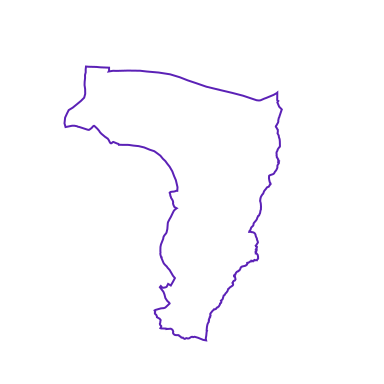 the district of Cerro De San Antonio, Magdalena, Colombia, rotated 76°
{"feature_id": "7082276B80696597151796", "entity_name": "Cerro De San Antonio", "entity_type": "district", "adm_level": 2, "iso_a3": "COL", "parent_name": "Colombia", "parent_adm1": "Magdalena", "projection": "orthographic", "projection_center": [-74.78, 10.29], "detail": "fine", "context": "isolated", "style": "outline", "palette": "violet", "viewbox_px": 384, "rotation_deg": 76, "n_neighbors": 0, "source": "geoboundaries", "source_scale": "gbopen_adm2", "svg_char_len": 6055}
<svg xmlns="http://www.w3.org/2000/svg" viewBox="0 0 384 384"><g transform="rotate(76 192 192)"><path d="M110.9,119.2L105.4,129.3L100.1,139.6L93.3,152.6L87.5,161.5L82.6,169.2L77.7,176.1L72.5,184.8L68.0,195.5L64.2,206.6L61.8,213.0L58.7,224.8L56.2,236.1L55.3,239.2L54.9,243.7L54.2,243.1L51.3,242.4L48.9,250.6L47.5,254.6L45.4,262.2L44.6,264.5L47.3,265.5L50.2,266.2L52.6,267.5L55.6,268.2L59.1,269.5L62.3,270.4L66.3,270.8L71.0,271.9L74.4,273.8L76.8,277.8L81.3,287.3L82.7,291.8L85.5,294.2L89.1,297.1L94.5,299.1L98.4,299.0L98.7,292.3L99.3,290.0L100.3,287.8L101.2,286.7L101.6,285.7L106.3,278.2L106.8,277.0L106.4,275.7L105.5,273.7L104.5,272.4L104.1,271.4L104.1,271.0L104.8,270.4L107.8,268.5L110.0,267.4L111.8,266.8L113.6,265.8L118.1,262.5L118.4,262.0L119.2,261.5L119.7,260.9L121.2,260.3L124.2,259.6L125.0,259.1L125.2,258.7L125.1,258.1L124.4,256.7L124.4,256.2L126.8,253.0L127.6,251.7L128.5,251.6L131.0,242.0L132.8,237.6L134.6,232.6L137.2,227.6L140.8,222.7L143.3,218.7L146.5,216.0L149.1,213.9L152.7,212.2L155.5,210.4L158.7,209.1L162.0,207.6L167.2,206.1L172.4,205.5L176.6,204.8L183.8,204.9L187.3,206.0L187.0,206.9L187.1,207.3L187.2,208.3L187.2,209.6L186.9,211.1L186.8,212.7L186.9,213.2L187.4,213.9L188.4,213.7L190.6,213.9L191.3,213.7L192.3,213.7L193.0,213.6L194.7,213.0L196.3,212.7L197.6,212.8L198.1,213.1L199.0,213.2L200.4,213.1L202.3,212.7L204.1,210.8L204.3,211.4L204.9,212.6L205.4,213.6L206.0,214.3L206.9,215.1L211.1,218.6L213.2,220.6L215.4,222.5L216.3,223.0L222.0,224.9L225.1,226.5L225.8,227.1L227.2,229.0L228.1,230.0L228.9,230.6L230.5,231.3L235.4,234.8L237.7,235.9L241.7,237.0L243.1,237.2L244.2,237.7L245.6,237.8L247.3,237.7L247.9,237.3L248.2,237.7L248.6,237.6L253.8,236.8L255.0,236.4L257.0,235.3L258.0,234.6L259.6,234.0L262.2,232.6L268.7,230.7L271.4,229.4L274.5,232.2L277.6,235.2L275.4,237.4L277.8,239.5L278.0,240.1L278.1,240.9L278.0,242.8L277.7,243.6L277.0,244.3L275.7,245.0L276.6,246.2L281.4,244.1L282.3,243.8L284.9,243.5L288.4,243.5L290.2,242.9L291.8,242.3L293.6,241.1L294.5,240.7L294.8,240.7L297.6,245.7L297.8,246.6L297.8,248.1L297.6,248.9L297.4,250.4L297.6,256.0L297.9,257.0L299.4,256.7L300.3,257.3L301.1,257.4L302.6,256.4L303.1,256.4L304.2,256.1L305.0,256.3L307.1,254.1L308.7,253.4L309.9,254.0L311.3,254.5L311.9,255.0L312.5,255.1L313.1,255.1L314.6,254.3L315.1,254.4L316.5,255.6L316.9,255.0L318.1,250.7L318.5,249.8L318.8,249.9L319.5,245.7L320.4,244.7L321.3,244.2L322.5,244.0L323.0,244.0L323.8,244.4L324.7,244.5L325.8,243.9L326.4,243.4L327.0,242.2L327.6,239.8L327.9,239.4L328.7,239.1L329.0,238.9L329.2,238.4L329.7,238.0L330.6,237.6L330.9,237.1L331.1,236.1L331.8,235.8L332.8,234.5L332.4,233.0L332.5,232.6L333.1,231.6L333.3,230.4L332.5,227.8L332.5,227.0L332.7,226.5L333.1,226.1L333.1,224.5L334.9,221.4L338.2,216.9L339.4,214.2L339.0,214.2L337.5,214.1L334.8,212.9L331.1,211.6L330.3,211.0L329.9,211.3L326.7,210.2L324.7,209.3L323.7,208.7L322.5,207.7L322.1,207.1L321.7,207.0L321.4,207.0L320.8,206.6L320.3,206.7L320.1,206.4L318.9,205.9L318.8,205.6L318.1,205.2L317.8,205.1L317.8,204.7L317.5,204.4L316.9,204.4L316.4,204.2L316.1,203.8L315.3,203.9L314.9,203.9L314.7,203.8L314.4,203.4L314.0,203.1L312.2,200.7L311.3,199.0L311.2,198.9L311.4,198.7L311.3,197.2L310.2,195.9L310.2,195.0L309.8,194.5L309.6,193.8L307.9,192.1L307.0,191.8L306.8,191.4L306.8,191.0L306.4,190.5L305.5,190.0L304.4,190.2L304.0,189.2L303.6,188.4L302.4,187.6L301.9,187.4L301.4,187.0L300.1,186.3L299.9,185.4L299.5,184.9L298.5,184.0L297.8,182.7L297.3,182.3L296.7,181.5L294.8,180.3L294.6,179.4L293.9,178.7L292.6,175.2L292.0,174.6L291.3,174.4L290.4,174.7L290.2,174.5L289.9,174.6L289.7,174.2L289.0,173.9L288.3,173.0L288.3,172.1L288.1,171.7L287.2,170.9L284.5,170.8L284.1,171.6L283.4,171.5L283.3,171.0L282.7,170.8L282.7,170.1L282.2,169.9L282.0,169.5L281.2,169.0L280.3,167.8L280.1,167.0L280.2,166.7L280.0,166.1L279.6,165.8L279.5,164.9L278.0,163.5L277.1,163.0L276.7,162.4L276.6,161.7L276.4,161.5L276.5,158.2L276.2,157.8L276.3,157.3L275.9,156.5L275.5,156.0L275.1,155.8L274.6,155.8L274.1,155.6L274.1,155.1L274.3,154.7L274.3,154.3L273.7,153.0L273.5,152.1L273.7,151.7L273.0,151.1L273.3,150.5L273.5,149.9L273.9,149.8L274.0,149.6L273.7,149.3L273.7,148.6L273.1,148.1L273.0,147.8L273.7,146.7L273.7,145.8L273.9,145.5L273.2,144.9L273.0,144.4L272.2,143.8L271.0,143.7L270.6,143.5L268.8,143.5L267.3,144.2L267.3,144.6L267.1,145.0L265.3,144.2L265.0,144.4L265.0,144.6L264.8,144.5L264.7,143.8L264.6,143.6L263.7,143.2L263.0,143.8L262.3,142.9L260.9,142.2L260.7,142.3L260.8,142.1L260.2,143.1L259.5,143.0L257.0,140.3L256.8,140.2L255.7,140.2L253.8,140.5L252.8,140.3L251.0,140.7L249.6,140.8L248.6,140.7L247.3,141.1L246.4,141.8L245.7,142.8L245.5,143.6L244.9,144.5L244.5,146.1L243.8,145.7L243.3,144.9L242.5,144.2L241.6,143.7L240.7,143.0L239.5,140.9L239.1,140.5L237.4,139.8L236.7,139.0L235.0,136.6L234.0,135.6L232.4,134.6L232.0,134.1L231.3,133.7L231.0,132.6L229.9,131.9L229.0,131.1L226.7,130.1L225.3,129.2L224.0,129.0L223.5,128.7L220.2,128.1L218.5,128.0L217.5,128.1L216.8,128.0L216.3,127.6L215.4,127.5L214.9,127.1L214.1,126.8L213.3,126.2L212.3,125.3L211.3,124.2L211.1,123.7L210.6,123.2L208.7,121.9L207.8,120.8L206.8,119.4L205.7,118.2L205.5,117.3L205.5,116.4L203.8,114.5L203.7,114.3L203.4,114.4L203.2,113.8L202.7,113.7L201.1,114.2L198.3,114.1L198.0,114.0L197.3,114.0L195.0,113.3L194.7,112.8L194.5,111.8L194.3,109.2L194.1,108.4L193.6,107.7L192.4,106.6L191.4,105.2L189.7,103.7L188.6,103.1L187.4,102.9L186.7,102.5L185.5,101.3L185.4,101.1L184.8,100.6L184.6,100.6L184.3,101.2L183.8,101.3L183.0,100.1L182.2,100.7L181.3,100.4L181.0,100.7L180.1,100.7L179.0,101.3L178.4,101.1L177.2,101.2L176.7,100.9L174.6,100.6L173.7,100.2L172.4,99.0L172.0,98.9L171.3,98.4L169.8,96.7L169.4,95.9L168.9,95.6L164.0,94.5L161.9,94.2L159.9,94.4L158.2,94.2L155.7,94.8L154.5,94.2L152.3,93.7L150.9,94.3L149.9,94.4L149.2,94.8L148.9,94.9L148.1,94.4L147.3,93.4L146.4,92.7L146.1,92.3L145.1,91.5L144.5,91.2L143.7,91.1L141.2,89.9L140.6,89.3L139.7,88.8L133.6,84.9L130.3,86.8L125.7,87.5L124.6,86.3L124.0,86.9L123.5,87.1L116.2,85.2L116.6,86.0L117.5,89.3L118.7,97.2L118.9,99.3L119.6,103.3L119.4,104.9L118.6,107.1L110.9,119.2Z" fill="none" stroke="#5b21b6" stroke-width="2"/></g></svg>